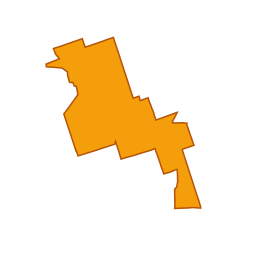 Cioroiasi, Dolj, Romania (Mercator projection), rotated 251°
{"feature_id": "2599482B92829335126895", "entity_name": "Cioroiasi", "entity_type": "district", "adm_level": 2, "iso_a3": "ROU", "parent_name": "Romania", "parent_adm1": "Dolj", "projection": "mercator", "projection_center": [23.45, 44.084], "detail": "fine", "context": "isolated", "style": "filled", "palette": "amber", "viewbox_px": 256, "rotation_deg": 251, "n_neighbors": 0, "source": "geoboundaries", "source_scale": "gbopen_adm2", "svg_char_len": 3824}
<svg xmlns="http://www.w3.org/2000/svg" viewBox="0 0 256 256"><g transform="rotate(251 128 128)"><path d="M90.1,184.7L90.9,184.7L93.0,184.7L93.7,184.7L94.4,184.7L95.3,184.7L96.1,184.7L97.4,184.7L98.9,184.7L99.7,184.7L100.8,184.7L102.6,184.6L103.7,184.7L104.6,184.7L108.8,184.7L111.6,184.7L112.2,184.7L112.5,184.7L112.6,184.8L112.8,184.9L112.9,185.0L113.3,185.3L113.9,183.9L114.8,182.3L115.0,181.9L115.3,181.0L116.1,178.4L117.0,175.6L118.2,171.9L118.3,171.7L118.7,171.7L119.2,171.9L119.5,172.2L120.6,173.2L121.4,174.1L123.0,175.8L124.6,177.4L126.1,179.0L126.8,179.6L126.4,157.1L130.2,157.0L130.4,156.9L131.3,157.0L132.2,157.1L134.0,157.2L134.9,157.2L136.3,157.2L137.5,157.1L138.2,157.0L139.2,157.0L141.6,157.0L143.1,156.9L143.7,156.8L144.3,156.8L144.8,156.7L145.2,156.7L146.1,156.7L147.2,156.7L148.3,156.8L149.2,156.8L150.0,156.9L150.0,152.1L149.9,148.5L154.5,148.8L154.5,148.4L154.5,147.2L154.5,145.4L154.5,144.0L154.6,142.6L155.5,142.6L157.0,142.7L158.7,142.7L161.7,142.7L164.8,142.8L171.1,142.9L174.9,143.0L181.2,143.1L185.2,143.1L194.4,143.3L195.4,143.3L196.0,143.3L196.5,143.3L197.0,143.3L197.6,143.4L197.8,143.3L198.1,143.4L198.9,143.4L199.4,143.4L199.7,143.4L201.4,143.4L203.8,143.5L204.5,143.5L204.8,143.4L205.1,143.4L205.5,143.4L206.2,143.4L207.6,143.5L208.5,143.4L209.4,143.5L209.9,143.5L211.7,143.5L213.2,143.5L215.9,143.6L218.4,143.7L218.4,143.3L218.4,142.8L218.4,142.7L218.4,142.3L218.4,142.1L218.4,141.6L218.4,140.7L218.4,140.2L218.4,139.8L218.4,139.6L218.4,138.7L218.4,138.2L218.4,137.8L218.4,136.2L218.4,134.7L218.3,132.6L218.3,132.0L218.3,131.0L218.3,129.7L218.3,128.4L218.3,126.9L218.3,126.3L218.3,124.5L218.3,122.1L218.3,120.9L218.3,120.1L218.3,116.8L218.4,113.8L218.7,113.8L225.2,113.8L227.3,113.9L227.3,113.5L227.3,111.7L227.3,108.9L227.3,98.6L227.3,96.0L227.2,89.8L227.4,85.5L227.4,83.4L226.1,83.4L222.5,83.5L221.8,83.5L221.6,83.5L218.1,84.8L216.4,85.4L215.8,85.6L215.1,71.4L214.1,71.2L213.5,71.0L212.5,70.7L212.4,70.8L209.7,77.3L208.4,80.1L206.5,84.5L206.0,85.3L203.6,87.0L201.1,88.8L200.7,89.0L197.8,88.1L196.5,88.0L194.4,87.8L191.2,87.6L190.2,87.7L189.5,88.7L189.2,90.6L187.3,90.8L185.3,90.9L184.9,91.9L184.5,91.9L184.1,92.7L182.6,92.5L178.4,91.9L175.8,91.4L172.3,86.6L170.4,83.8L167.1,79.2L165.3,76.5L163.3,73.6L162.2,71.9L157.3,71.8L131.3,71.5L123.5,71.3L123.5,71.7L119.3,71.7L117.9,71.6L117.3,90.1L117.3,93.6L117.3,95.6L117.2,97.7L117.2,100.5L117.1,101.6L117.1,102.9L117.1,108.1L117.0,110.3L118.7,111.4L119.3,111.9L116.9,111.8L109.7,111.7L103.8,111.4L102.0,111.3L101.5,111.3L100.8,111.3L100.8,114.0L100.6,116.7L100.1,125.8L99.9,134.3L99.7,137.6L99.5,142.4L99.8,146.9L98.8,146.9L97.8,146.8L87.5,146.9L85.3,146.9L83.8,146.9L81.7,146.8L77.9,146.8L76.9,146.9L75.4,146.9L73.6,146.9L72.8,146.9L72.9,147.6L72.9,147.8L72.9,148.5L72.9,148.8L72.9,149.2L72.9,149.4L72.9,149.6L72.9,149.9L72.8,150.1L72.7,150.3L72.7,150.5L72.6,151.1L72.6,151.3L72.6,152.8L72.7,155.3L72.7,156.7L72.7,157.1L72.8,157.6L73.0,157.9L73.0,158.5L72.9,160.5L72.8,160.9L72.5,160.8L69.4,160.1L65.0,158.7L62.5,157.9L61.6,157.7L61.3,157.5L60.7,157.3L60.1,156.9L59.2,156.4L58.4,155.9L57.9,155.7L57.7,155.6L57.1,155.2L56.8,155.1L56.4,154.9L56.0,154.1L55.5,153.0L55.1,152.4L54.7,152.2L53.6,151.8L51.8,151.1L50.1,150.5L49.0,150.2L48.2,149.9L46.2,149.3L43.5,148.4L43.3,148.4L43.1,148.3L41.8,147.9L41.0,147.6L40.7,147.6L40.3,147.5L40.1,147.4L38.6,146.7L37.9,146.4L36.7,145.9L36.3,147.4L33.3,157.3L32.4,160.5L32.1,161.9L32.0,162.6L31.5,163.8L28.7,170.4L28.6,170.6L29.5,171.0L32.4,171.1L35.2,171.2L36.4,171.3L37.9,171.3L40.3,171.3L45.1,171.3L47.0,171.4L49.8,171.4L53.0,171.5L56.7,171.6L59.1,171.6L62.0,171.7L65.5,171.7L70.3,171.8L72.5,171.9L74.4,171.9L80.5,172.0L89.4,172.2L89.7,172.2L89.8,172.3L90.0,172.4L90.1,172.6L90.2,172.8L90.2,173.1L90.2,174.8L90.1,177.8L90.2,182.4L90.1,184.7Z" fill="#f59e0b" stroke="#b45309" stroke-width="1.5"/></g></svg>